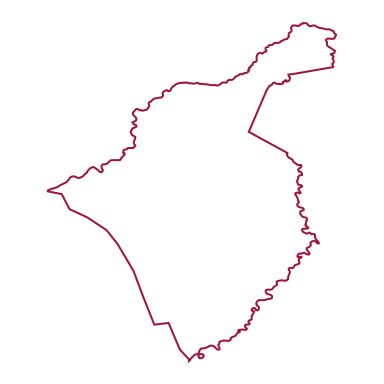 Zu'unburen, Selenge, Mongolia (Robinson projection)
{"feature_id": "93677404B25826466624869", "entity_name": "Zu'unburen", "entity_type": "district", "adm_level": 2, "iso_a3": "MNG", "parent_name": "Mongolia", "parent_adm1": "Selenge", "projection": "robinson", "projection_center": [106.008, 49.971], "detail": "fine", "context": "isolated", "style": "outline", "palette": "rose", "viewbox_px": 384, "rotation_deg": 0, "n_neighbors": 0, "source": "geoboundaries", "source_scale": "gbopen_adm2", "svg_char_len": 5936}
<svg xmlns="http://www.w3.org/2000/svg" viewBox="0 0 384 384"><path d="M47.9,190.5L47.9,191.4L61.7,194.1L69.5,209.1L87.1,217.3L106.5,230.1L117.7,244.2L133.6,271.1L143.2,296.8L154.3,324.6L168.6,323.0L179.9,349.6L188.9,359.3L188.9,361.0L189.9,360.2L190.6,358.8L193.8,355.6L195.3,354.4L196.1,354.2L197.4,354.4L198.6,355.3L198.9,357.7L199.7,358.3L201.6,358.2L202.9,357.4L203.7,356.2L203.4,354.7L202.3,354.2L200.0,354.1L198.6,353.3L198.7,352.4L200.1,349.7L201.0,348.5L204.1,348.4L207.3,347.2L210.0,345.7L211.5,345.5L214.1,346.4L217.2,349.5L218.5,349.7L219.5,349.3L219.5,347.9L218.3,345.5L218.4,344.9L219.2,343.9L219.5,341.9L219.9,341.6L223.7,340.5L228.8,340.9L230.7,339.6L230.9,337.9L232.4,337.0L234.9,336.1L235.7,335.5L237.0,333.5L238.3,332.6L239.6,332.1L239.7,331.6L238.1,330.8L238.5,330.1L242.7,329.5L245.8,329.9L246.6,329.4L246.8,328.5L245.1,326.9L244.9,326.3L245.0,325.4L245.9,324.7L249.3,324.4L249.6,323.5L248.5,321.8L248.5,321.1L249.1,320.5L250.7,320.0L251.7,319.1L251.6,316.1L252.5,315.0L253.1,313.4L254.1,311.8L251.7,310.3L251.7,309.4L253.0,308.1L254.2,308.0L255.3,308.5L255.3,309.5L255.9,310.0L257.4,310.3L258.4,309.8L258.9,308.7L258.8,307.0L257.0,305.4L256.3,304.0L256.4,302.7L256.9,301.8L258.3,300.4L259.0,300.1L264.3,300.2L267.1,299.3L271.5,298.4L272.1,297.6L272.0,296.1L271.0,295.1L267.0,293.8L265.7,292.1L265.7,290.8L266.2,290.1L267.1,289.7L270.8,289.7L272.0,289.2L274.0,286.8L276.8,285.0L277.1,284.0L276.6,282.6L276.6,281.9L277.6,281.0L281.5,280.3L285.0,280.8L286.8,280.2L288.0,279.2L288.3,276.3L289.9,272.3L289.6,271.0L288.7,269.4L288.8,268.5L290.1,267.8L292.7,268.0L293.5,267.3L295.0,265.1L298.5,264.0L299.5,263.0L299.4,262.1L298.6,260.3L298.7,259.8L298.9,259.3L301.5,257.1L301.2,256.7L298.0,257.1L297.4,256.5L297.6,255.3L298.9,253.7L302.0,253.5L303.4,252.9L304.3,252.9L307.6,254.5L308.9,254.5L309.6,253.8L309.5,253.3L307.4,250.6L306.5,248.8L306.6,248.4L307.0,247.8L309.0,247.1L310.2,246.2L310.9,244.9L310.4,243.0L310.6,242.6L311.7,241.5L313.7,240.9L315.7,241.5L317.7,243.5L318.4,243.6L318.8,243.3L318.7,242.5L315.4,238.4L315.1,237.5L315.1,235.0L314.3,234.1L311.3,234.2L310.5,233.1L309.8,232.6L309.0,232.7L307.2,233.6L306.3,233.5L303.7,232.3L302.5,231.2L302.2,230.3L302.1,229.6L302.7,228.9L307.5,228.5L308.2,228.0L308.0,227.3L305.7,225.9L306.1,225.1L305.4,224.6L306.3,221.6L306.2,220.7L306.9,220.0L307.1,218.8L305.9,217.5L303.0,217.0L302.2,216.5L300.2,213.8L300.4,213.2L300.2,211.7L301.2,211.0L303.7,210.0L303.8,209.4L303.2,208.4L302.3,207.9L298.8,207.0L297.4,205.6L297.2,204.2L298.9,202.2L298.9,201.8L298.0,200.8L297.7,198.7L296.7,196.4L295.3,194.4L295.4,193.3L296.5,192.7L297.9,192.7L299.7,193.4L300.4,193.2L300.5,192.6L298.4,189.4L298.3,188.9L299.6,187.6L302.1,186.6L302.0,185.9L300.6,185.1L298.2,184.5L297.1,181.8L297.1,180.6L298.3,178.6L298.1,177.1L298.2,176.7L299.6,175.5L302.0,174.9L301.9,173.4L301.3,172.4L300.8,171.9L299.9,171.6L299.0,171.7L298.6,171.2L298.1,169.8L298.9,168.7L300.6,167.5L301.1,166.7L301.3,165.4L300.8,165.0L298.7,165.2L297.4,164.9L296.4,163.8L295.0,163.1L293.5,161.9L292.4,159.6L288.4,157.3L287.4,155.9L286.9,154.5L287.4,153.0L248.8,131.9L266.5,90.5L269.5,85.7L270.4,85.6L271.9,84.7L272.8,83.2L274.5,82.6L276.2,83.7L280.9,84.2L282.7,83.6L283.1,83.2L282.9,81.9L284.5,81.4L285.0,80.3L286.1,80.3L286.0,81.2L286.4,81.6L288.6,81.1L289.4,80.3L290.0,77.9L288.8,75.9L288.4,74.6L295.0,73.7L333.1,67.1L333.1,66.0L332.2,64.0L333.4,62.8L333.9,61.9L333.4,59.9L332.5,58.8L333.5,56.9L333.1,55.9L331.7,55.2L330.8,54.3L330.9,54.0L334.0,53.3L334.3,53.1L335.0,50.8L328.2,46.5L327.4,45.7L326.9,44.6L327.0,42.4L325.9,39.9L326.7,39.0L327.9,38.5L331.7,38.9L333.9,38.6L334.8,37.6L336.1,34.8L334.5,33.4L333.9,32.5L333.6,31.1L331.3,30.3L329.3,29.2L326.3,29.4L322.4,28.3L319.7,28.0L317.0,26.9L315.3,25.7L314.1,25.5L313.2,25.4L310.8,26.2L309.1,26.0L306.8,23.4L303.5,23.0L302.9,23.7L301.9,23.5L299.8,25.2L298.2,26.0L294.1,25.4L293.0,25.4L292.3,25.7L291.8,26.3L291.0,27.9L291.6,30.2L291.4,31.5L288.8,33.3L288.6,34.5L288.9,36.5L287.0,39.0L284.3,39.6L280.8,41.4L280.1,42.2L278.9,42.8L277.7,43.0L275.0,42.7L274.3,43.1L272.1,44.9L270.1,45.0L268.8,45.4L268.1,46.9L266.0,47.5L265.6,47.9L265.5,49.2L266.4,50.6L266.3,51.4L264.5,51.9L262.3,53.7L260.5,52.9L259.4,52.9L258.0,53.8L257.3,54.7L256.6,56.6L256.7,60.8L255.6,61.8L253.6,62.2L252.9,63.2L252.5,65.0L251.0,65.7L250.5,67.3L249.6,67.4L249.0,67.9L248.8,68.6L249.2,69.5L248.5,69.6L248.2,70.1L248.6,71.5L247.2,72.5L245.8,73.0L244.2,73.1L242.7,74.2L239.8,74.2L239.2,74.8L235.0,77.1L234.4,78.3L232.3,79.7L231.2,80.0L229.3,79.8L228.0,80.4L226.8,82.3L226.3,82.6L222.4,82.5L221.7,82.8L220.7,84.1L217.5,85.6L215.0,85.0L211.8,85.2L206.2,84.2L204.5,84.3L201.5,83.8L199.6,84.0L198.1,82.9L193.5,83.7L191.1,83.3L189.3,83.4L187.2,82.5L185.7,82.7L184.1,82.6L179.9,83.0L176.7,83.8L173.6,86.2L172.8,86.4L171.6,88.0L170.4,90.4L169.9,91.0L168.3,91.2L167.4,90.3L166.7,90.2L163.7,91.4L162.6,93.0L162.6,93.9L163.1,94.7L162.8,96.2L161.9,97.3L155.1,98.4L153.4,99.1L150.6,101.8L149.4,102.1L148.8,102.9L148.7,104.1L149.4,106.1L147.1,109.3L146.4,109.7L142.2,110.8L141.1,110.0L139.9,110.2L137.2,108.9L135.7,109.5L133.2,112.4L132.8,113.2L132.8,114.4L136.1,117.9L136.4,119.6L135.9,120.5L132.7,122.4L133.4,122.8L133.5,124.1L135.6,124.9L136.4,125.6L136.5,126.4L135.6,127.2L133.5,127.9L132.6,128.5L132.1,129.0L131.7,130.2L130.7,131.4L130.6,131.8L131.8,134.9L135.3,136.9L134.9,138.9L133.7,142.6L134.0,143.9L135.3,145.4L135.4,145.8L133.1,148.0L128.2,148.0L127.6,148.3L127.2,149.0L124.4,149.8L123.5,150.3L123.1,152.8L123.7,153.3L124.4,153.2L124.8,154.3L121.1,158.3L120.0,160.1L112.3,160.1L110.3,160.5L107.1,163.7L106.0,164.1L102.9,164.5L102.0,165.1L101.6,165.6L101.5,166.5L101.7,167.7L102.8,170.1L102.8,170.8L101.4,172.2L100.0,172.0L97.1,169.4L93.8,167.1L91.6,167.5L90.0,168.4L87.4,171.3L87.0,172.5L84.0,174.9L83.4,175.8L82.6,176.5L79.3,178.0L77.4,177.8L76.2,177.1L73.7,176.3L71.4,176.7L70.6,177.1L67.8,180.7L65.7,182.6L60.0,185.3L57.2,187.2L50.0,189.4L47.9,190.5Z" fill="none" stroke="#9f1239" stroke-width="2"/></svg>